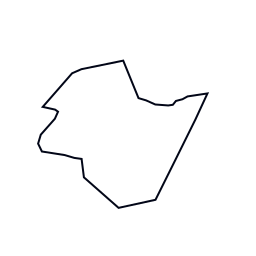 Sveti Jurij, Albers equal-area conic projection, rotated 239°
{"feature_id": "SVN-1048", "entity_name": "Sveti Jurij", "entity_type": "Municipality", "adm_level": 1, "iso_a3": "SVN", "parent_name": "Slovenia", "parent_adm1": "", "projection": "albers", "projection_center": [16.036, 46.559], "detail": "fine", "context": "isolated", "style": "outline", "palette": "ink", "viewbox_px": 256, "rotation_deg": 239, "n_neighbors": 0, "source": "natural_earth", "source_scale": "10m", "svg_char_len": 485}
<svg xmlns="http://www.w3.org/2000/svg" viewBox="0 0 256 256"><g transform="rotate(239 128 128)"><path d="M64.4,78.8L108.4,64.8L125.4,72.3L130.0,66.6L137.4,59.8L152.2,42.1L160.9,42.9L167.2,49.8L173.6,70.1L178.0,76.4L181.3,75.0L190.0,65.8L203.7,108.3L202.4,118.4L188.2,158.6L148.2,152.4L142.4,157.7L134.1,163.5L126.6,174.1L124.8,178.4L126.5,183.0L124.6,189.5L124.4,195.3L116.7,213.9L100.6,190.2L74.8,149.9L52.3,114.6L64.4,78.8Z" fill="none" stroke="#020617" stroke-width="2"/></g></svg>